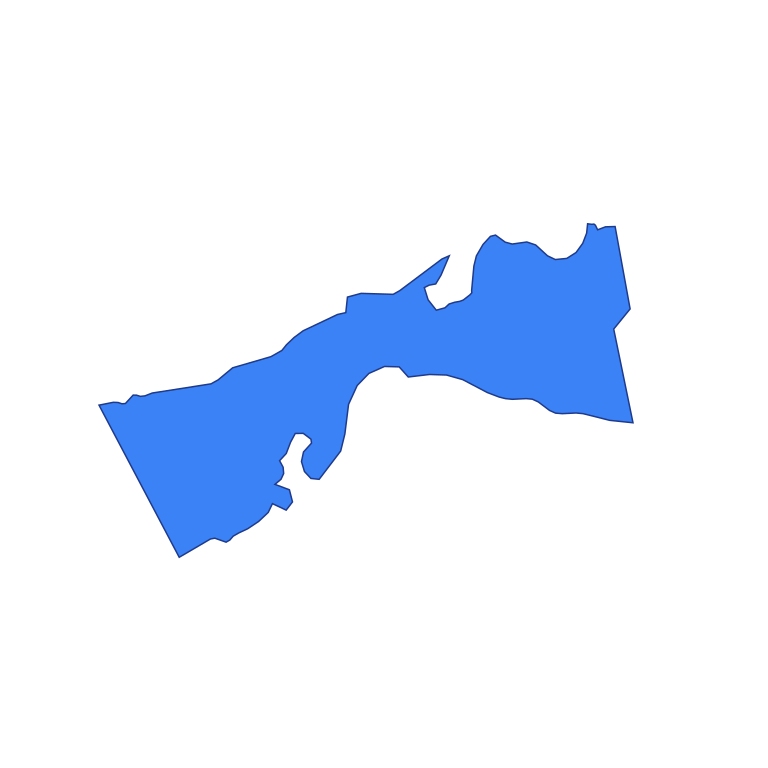 the border of Puerto Princesa, rotated 31°
{"feature_id": "PHL-5533", "entity_name": "Puerto Princesa", "entity_type": "Highly Urbanized City", "adm_level": 1, "iso_a3": "PHL", "parent_name": "Philippines", "parent_adm1": "", "projection": "robinson", "projection_center": [118.779, 9.911], "detail": "fine", "context": "isolated", "style": "filled", "palette": "blue", "viewbox_px": 768, "rotation_deg": 31, "n_neighbors": 0, "source": "natural_earth", "source_scale": "10m", "svg_char_len": 1610}
<svg xmlns="http://www.w3.org/2000/svg" viewBox="0 0 768 768"><g transform="rotate(31 384 384)"><path d="M150.6,548.9L161.4,539.1L165.6,536.8L169.6,535.9L172.4,533.9L174.7,522.7L177.7,521.0L181.5,520.1L185.2,517.3L190.0,511.1L235.6,473.0L239.7,465.9L245.9,448.1L273.0,418.8L279.2,407.8L280.2,400.5L283.0,390.4L287.3,380.0L308.3,348.4L314.5,342.5L307.9,328.3L317.7,318.1L345.7,302.4L349.4,295.9L369.3,247.0L373.9,240.5L376.8,261.2L376.8,271.6L371.7,276.1L368.9,280.6L378.4,289.1L390.8,293.8L397.0,287.3L398.6,281.9L402.4,277.6L406.4,274.1L408.7,271.2L411.7,263.4L412.3,260.6L411.0,258.8L400.3,236.6L397.2,226.6L397.0,213.4L399.2,202.6L402.9,198.9L414.8,200.0L421.8,198.0L433.3,188.7L442.4,186.7L458.1,189.9L466.7,189.1L476.0,182.2L480.9,172.4L481.9,161.1L480.0,150.3L476.0,141.8L479.9,140.1L481.6,138.8L483.4,139.0L487.7,141.8L492.9,135.2L501.0,130.0L556.3,192.9L552.6,218.6L617.4,289.0L596.2,298.9L569.9,306.9L563.6,309.9L552.1,317.6L546.1,320.6L539.5,321.4L525.5,319.9L519.0,320.6L513.4,323.3L501.9,331.0L495.6,334.0L489.3,335.9L477.0,338.1L449.2,339.7L433.0,344.1L418.1,352.4L401.2,365.5L388.2,361.5L375.4,368.7L365.6,382.7L361.8,399.1L364.1,419.7L376.2,447.0L381.4,463.8L377.5,499.1L370.0,502.6L360.9,500.0L353.2,493.0L350.0,483.7L352.3,472.0L349.8,468.9L340.2,467.9L333.4,472.1L333.9,482.1L336.0,493.9L334.0,503.5L340.4,507.3L344.1,512.4L344.8,518.7L342.2,526.2L357.4,523.4L366.3,532.2L365.1,542.5L350.0,544.0L350.9,553.7L347.4,566.2L341.7,578.3L336.2,586.5L333.1,592.1L332.2,597.2L330.1,600.9L318.4,603.3L315.1,606.2L297.7,638.0L150.6,548.9Z" fill="#3b82f6" stroke="#1e3a8a" stroke-width="1.5"/></g></svg>